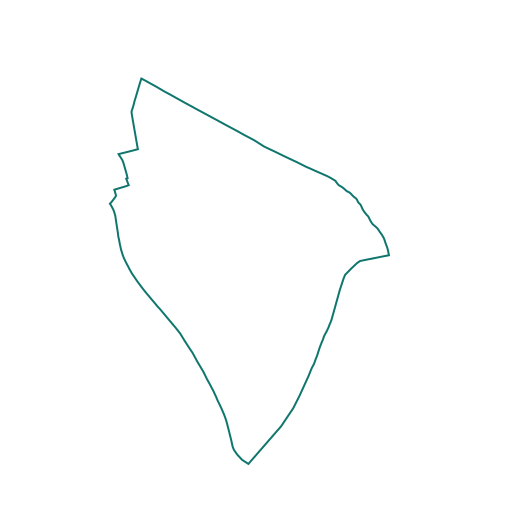 outline of An Bien, Kiên Giang, Vietnam, rotated 166°
{"feature_id": "81297802B3825263519858", "entity_name": "An Bien", "entity_type": "district", "adm_level": 2, "iso_a3": "VNM", "parent_name": "Vietnam", "parent_adm1": "Kiên Giang", "projection": "equal_earth", "projection_center": [105.023, 9.827], "detail": "fine", "context": "isolated", "style": "outline", "palette": "teal", "viewbox_px": 512, "rotation_deg": 166, "n_neighbors": 0, "source": "geoboundaries", "source_scale": "gbopen_adm2", "svg_char_len": 3248}
<svg xmlns="http://www.w3.org/2000/svg" viewBox="0 0 512 512"><g transform="rotate(166 256 256)"><path d="M373.5,251.1L371.8,247.4L363.6,230.6L362.0,227.7L355.1,213.5L351.4,206.0L348.9,200.4L348.4,199.4L345.8,191.1L342.3,180.9L341.0,177.5L338.6,168.1L335.1,156.5L334.6,154.2L333.3,148.1L332.1,143.8L330.3,136.5L330.2,136.4L329.6,133.2L328.8,129.1L328.2,125.0L327.3,120.9L326.6,117.4L325.4,110.3L325.0,106.9L324.7,103.1L324.6,95.7L324.6,89.4L324.6,87.7L324.6,83.4L324.8,76.7L324.3,73.1L324.2,72.9L322.3,67.9L318.8,61.6L313.7,56.1L277.4,81.5L275.0,83.1L272.6,84.9L256.7,99.3L247.3,110.2L235.2,125.4L234.3,126.5L232.7,128.7L230.2,132.2L228.8,134.0L227.6,135.3L226.8,136.2L225.9,137.2L225.1,138.4L224.5,139.2L223.9,140.2L223.3,141.0L222.7,142.0L221.9,143.0L221.1,144.1L220.4,145.2L219.3,147.0L218.0,149.1L216.7,151.2L215.0,153.7L213.9,155.2L212.8,156.8L211.8,158.0L211.1,159.0L210.1,160.6L209.5,161.6L209.2,161.9L208.0,163.3L206.0,165.4L205.1,166.5L204.1,167.7L202.8,169.3L201.4,171.4L199.4,174.0L198.6,175.2L197.9,176.3L182.8,202.9L176.9,212.3L174.3,215.9L174.2,216.1L166.4,220.9L159.6,224.7L156.1,226.0L126.8,224.6L126.6,229.7L126.6,231.0L126.7,232.9L126.9,234.6L127.1,236.3L127.3,238.5L127.4,240.3L127.5,241.3L127.7,242.4L127.9,243.4L128.3,244.6L128.6,245.9L129.9,249.0L130.7,251.4L131.1,252.4L131.5,253.4L131.9,254.1L132.6,255.1L133.2,256.0L133.9,257.0L134.3,257.5L134.6,257.9L135.0,258.5L135.4,259.4L135.7,260.1L136.1,261.4L136.6,263.0L137.1,265.5L137.4,266.8L137.9,268.0L138.7,269.2L139.1,270.2L139.4,270.7L139.6,271.2L139.9,271.8L140.4,273.0L140.9,274.5L141.3,276.0L141.5,276.9L141.6,277.8L141.8,278.9L142.0,279.8L142.1,280.4L142.3,280.8L142.8,281.5L143.2,282.3L143.6,282.9L143.8,283.5L144.0,284.0L144.2,284.9L144.3,285.7L144.5,286.5L144.8,287.2L145.3,288.0L145.8,288.6L146.7,289.7L147.1,290.3L148.1,292.0L148.6,293.0L149.2,294.0L149.6,294.6L150.5,295.5L151.2,296.1L151.9,296.6L152.3,297.1L153.0,298.1L154.2,299.9L155.0,300.9L155.6,301.8L156.5,302.7L157.3,303.5L158.2,304.4L158.4,304.5L158.8,305.0L159.1,305.7L159.9,307.4L160.4,308.7L160.5,309.1L160.7,309.5L160.8,309.8L161.1,310.1L162.1,311.1L164.8,313.8L167.6,316.3L170.6,318.6L172.6,320.2L177.3,323.8L180.8,326.6L185.9,330.5L187.4,331.8L189.0,333.2L194.5,337.9L196.9,339.8L204.6,346.1L212.2,352.5L219.8,358.7L221.8,360.4L229.8,368.8L238.4,376.5L242.1,380.0L247.0,384.5L254.0,390.8L264.9,400.8L275.2,410.2L277.2,412.0L287.2,421.2L288.4,422.3L296.3,429.7L300.0,433.2L305.2,437.9L311.8,444.4L323.8,455.5L324.3,455.9L326.9,451.7L330.1,446.3L333.3,440.8L336.6,435.3L337.2,434.0L339.8,429.5L341.5,426.9L341.9,425.9L342.1,425.0L342.2,423.5L342.5,420.1L343.2,410.6L343.9,400.8L344.8,388.2L351.7,388.1L358.6,388.1L364.7,388.1L364.2,386.3L363.8,385.4L362.5,381.4L362.1,378.3L361.7,366.5L361.8,362.5L363.2,362.4L362.4,355.5L364.8,355.2L367.2,355.1L377.4,354.6L377.2,348.8L377.3,348.4L377.5,348.1L377.7,347.8L378.3,347.2L381.0,345.0L383.2,343.3L385.1,342.1L384.5,340.5L383.8,337.8L383.3,335.9L383.0,333.5L382.9,332.1L382.8,329.0L382.9,328.0L383.3,324.2L384.5,311.2L384.9,308.4L385.0,304.0L385.2,301.4L385.4,295.2L385.2,291.4L385.1,289.4L384.7,286.0L383.5,280.3L382.5,276.4L382.0,274.0L381.4,272.0L380.7,269.3L379.1,265.0L377.3,260.1L373.5,251.1Z" fill="none" stroke="#0f766e" stroke-width="2"/></g></svg>